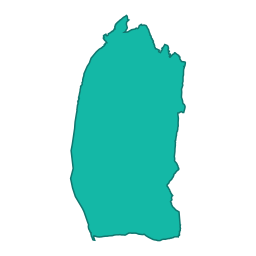 Lørenskog nor, Akershus, Norway (orthographic projection)
{"feature_id": "86288312B90903207900290", "entity_name": "Lørenskog nor", "entity_type": "district", "adm_level": 2, "iso_a3": "NOR", "parent_name": "Norway", "parent_adm1": "Akershus", "projection": "orthographic", "projection_center": [10.997, 59.897], "detail": "fine", "context": "isolated", "style": "filled", "palette": "teal", "viewbox_px": 256, "rotation_deg": 0, "n_neighbors": 0, "source": "geoboundaries", "source_scale": "gbopen_adm2", "svg_char_len": 5719}
<svg xmlns="http://www.w3.org/2000/svg" viewBox="0 0 256 256"><path d="M168.5,48.4L168.3,47.9L168.4,47.5L168.1,46.8L168.0,46.2L167.1,45.4L164.8,44.5L163.5,46.9L163.0,47.4L162.4,47.7L162.0,48.3L162.6,48.5L161.7,50.5L161.2,50.5L161.0,51.6L160.4,52.6L158.7,51.7L159.1,51.0L159.0,50.9L159.2,50.2L156.3,48.8L155.6,48.8L155.4,48.5L155.2,47.7L154.7,47.0L154.7,46.8L154.5,46.1L154.6,45.8L154.4,44.9L153.9,44.3L153.9,43.9L153.8,43.4L153.3,42.5L153.1,42.4L153.0,42.1L153.1,41.8L153.2,41.5L153.4,41.2L152.1,39.3L152.3,39.1L151.9,38.5L151.3,38.0L151.3,37.7L151.3,37.4L151.1,36.8L151.1,36.4L150.7,35.5L150.0,35.0L150.1,34.3L149.2,32.0L148.9,31.1L148.8,30.6L148.5,29.6L147.4,28.0L146.7,26.4L146.2,25.9L146.1,25.6L144.0,25.0L142.0,25.4L141.6,25.0L141.5,24.4L141.2,24.4L139.8,25.4L139.4,25.5L138.6,27.7L138.2,28.2L137.5,28.6L136.3,28.1L136.0,28.2L135.8,28.5L135.2,29.0L131.6,29.7L127.7,32.0L124.4,32.2L125.4,31.4L125.8,30.7L126.0,30.1L126.9,28.8L127.3,27.7L126.4,24.6L126.5,23.0L126.7,22.0L128.8,20.0L127.7,19.6L127.2,16.3L126.5,15.4L126.4,15.4L125.6,16.2L123.4,17.4L121.2,19.4L120.0,20.1L119.8,20.5L118.6,21.4L118.4,21.8L117.7,22.1L117.3,22.7L117.0,22.8L116.5,23.6L116.1,23.7L115.8,24.7L115.7,24.9L115.3,25.0L115.2,25.2L115.2,26.1L115.1,26.4L114.8,26.7L114.8,27.2L115.0,27.7L115.0,28.0L114.7,28.4L114.8,28.8L114.4,28.7L113.8,30.0L113.6,30.1L113.2,30.8L112.4,31.4L112.2,31.2L110.8,32.3L110.7,32.6L110.1,32.8L109.3,33.4L108.4,33.7L108.2,34.6L108.1,35.0L107.5,35.6L106.9,35.8L106.3,35.4L106.1,35.0L106.1,34.5L105.9,34.2L104.1,35.2L103.7,35.6L103.5,35.9L103.6,36.0L103.6,36.3L104.1,37.3L103.9,37.6L103.4,37.8L103.4,38.5L103.7,39.0L104.3,39.3L104.3,39.8L104.8,40.4L106.0,41.4L106.8,42.7L106.1,42.8L105.1,43.5L105.0,44.0L105.2,44.6L104.1,45.0L104.2,45.4L104.2,45.7L103.6,46.4L102.5,46.9L102.0,47.7L101.6,47.8L101.3,48.2L100.5,48.4L98.9,49.5L96.4,51.8L91.1,58.2L89.4,63.0L87.2,66.4L84.0,73.7L83.8,75.9L83.1,77.9L82.7,79.9L82.8,80.6L82.6,81.5L82.3,82.4L82.0,82.7L82.3,84.3L81.6,85.2L81.3,85.8L80.8,86.0L80.6,86.3L80.7,87.3L80.2,89.5L80.1,91.1L79.7,92.7L79.7,92.9L79.5,93.5L79.5,94.1L79.3,94.7L79.0,96.4L78.7,96.9L78.8,97.4L78.6,97.7L78.8,98.0L79.3,98.2L79.3,98.3L78.6,99.0L78.9,99.4L78.9,99.6L77.8,101.2L78.3,101.7L78.0,102.1L77.9,103.0L78.1,103.6L77.8,104.5L77.5,105.0L77.3,106.6L77.3,107.1L77.1,108.0L77.1,108.6L76.9,109.6L77.0,110.5L77.0,111.1L76.8,111.3L76.9,112.0L76.6,112.7L75.1,122.0L74.6,128.6L72.3,144.3L71.1,150.6L73.2,168.5L70.6,178.5L72.6,188.0L75.4,196.6L82.5,208.5L84.0,211.6L87.7,222.3L88.5,224.4L88.6,224.8L88.3,226.2L88.5,228.0L88.9,229.3L89.4,230.0L89.5,230.4L89.6,230.6L89.7,231.0L90.1,231.5L90.2,231.8L90.4,232.4L91.1,232.8L91.1,233.1L90.9,233.4L91.0,234.3L91.5,236.1L91.5,236.6L92.1,237.3L92.2,238.0L92.6,238.7L92.6,239.1L92.9,239.8L93.8,240.1L94.7,240.2L93.6,237.0L94.1,236.4L94.0,236.0L94.7,236.0L97.2,236.8L99.3,237.0L101.7,236.8L103.1,236.5L105.6,236.2L107.1,236.2L109.5,235.8L111.8,235.7L112.7,235.6L114.0,235.1L116.2,234.8L118.3,234.8L119.9,234.6L121.5,234.9L123.4,234.9L125.0,235.1L125.6,234.9L128.7,233.1L130.4,233.0L131.8,233.2L135.1,233.1L136.5,233.3L138.6,234.1L141.7,234.5L142.8,234.6L143.5,234.5L143.9,234.2L144.6,234.4L145.2,235.1L145.7,235.5L148.6,237.3L153.1,239.5L154.7,239.9L156.3,240.1L157.4,240.5L158.3,240.6L159.7,240.6L160.6,240.4L161.8,239.6L162.3,239.5L163.7,239.2L165.2,239.3L168.1,238.6L169.7,238.5L170.7,238.0L171.4,238.1L172.0,237.8L172.9,237.7L174.6,236.8L176.7,236.8L177.0,236.7L178.3,236.9L178.6,235.3L178.9,235.1L179.4,235.3L179.5,235.2L179.5,234.1L179.3,233.5L179.8,231.5L179.5,231.3L180.3,230.3L180.2,229.1L180.4,228.7L180.5,228.5L180.2,227.8L180.3,227.4L180.1,227.1L180.1,226.3L180.2,226.1L180.2,225.6L180.4,225.1L180.1,225.0L179.0,211.9L175.8,210.0L174.2,208.2L172.6,206.7L171.3,204.0L171.5,203.2L170.9,202.5L170.5,201.8L170.7,201.6L170.8,201.2L171.0,200.8L171.6,200.3L171.9,199.8L171.8,199.2L171.5,198.4L171.6,197.1L172.0,196.2L172.7,195.6L172.3,195.0L171.6,194.5L171.5,193.9L170.9,193.2L170.4,191.8L169.9,191.2L169.7,190.2L169.3,189.4L168.9,189.0L168.3,187.7L167.8,187.2L167.8,186.8L167.0,186.0L167.1,185.3L167.2,184.7L167.5,184.3L168.6,183.4L168.9,182.8L169.3,181.8L169.9,180.9L171.3,179.7L172.0,178.8L172.1,178.3L172.8,177.5L173.6,175.9L173.8,175.2L173.7,174.7L174.0,174.2L175.5,172.8L175.5,172.4L176.6,171.4L177.0,170.7L178.2,170.0L178.4,169.6L178.4,168.9L178.6,169.0L178.6,168.9L178.8,168.8L178.7,168.6L178.7,168.4L178.4,167.5L178.0,166.9L177.8,165.7L177.3,165.1L177.2,164.5L176.5,163.2L174.8,161.3L174.5,160.5L174.7,159.1L174.6,157.9L174.3,156.7L174.9,151.5L175.0,148.5L175.3,145.9L175.4,145.1L175.3,144.1L175.5,142.1L175.1,141.7L175.1,140.9L175.8,140.0L175.6,139.5L175.8,138.9L176.2,136.2L176.5,135.4L176.5,134.0L176.7,132.5L177.0,131.5L177.5,131.0L177.5,130.2L177.6,129.9L177.8,129.0L177.7,128.0L178.2,126.0L178.1,122.5L178.4,118.3L177.8,114.3L177.9,113.0L179.2,112.8L180.3,112.0L181.6,111.6L182.6,112.5L183.7,112.5L184.6,109.3L184.8,108.5L185.1,106.9L184.7,105.3L184.0,104.3L183.3,103.9L182.8,102.9L182.6,101.0L182.1,99.3L181.4,97.2L181.7,92.3L181.5,89.1L182.8,85.3L182.4,83.2L183.0,81.4L183.0,76.9L183.1,76.7L183.1,76.4L183.1,76.1L183.5,75.1L183.5,72.8L183.6,69.6L183.9,68.7L184.0,68.3L184.3,67.6L183.9,66.6L184.4,66.7L184.9,65.8L185.4,62.8L185.0,62.0L181.5,61.5L180.7,60.2L179.9,59.0L179.8,58.7L179.9,58.0L179.8,57.8L179.8,57.5L179.9,57.2L179.8,56.9L179.1,56.7L178.9,56.4L179.0,56.1L178.8,55.5L176.6,54.1L175.1,52.8L174.7,52.7L174.5,52.8L174.4,53.3L173.9,53.8L173.4,54.2L172.7,54.4L172.1,55.0L171.4,55.9L170.8,56.3L170.5,56.8L170.4,56.8L170.3,57.1L169.8,57.2L169.3,56.3L170.4,54.7L170.3,54.1L168.8,53.9L168.8,53.4L168.5,51.8L169.3,51.6L169.3,51.3L168.9,51.1L168.5,50.2L168.1,50.0L168.1,49.5L168.1,49.3L168.5,48.4Z" fill="#14b8a6" stroke="#0f766e" stroke-width="1.5"/></svg>